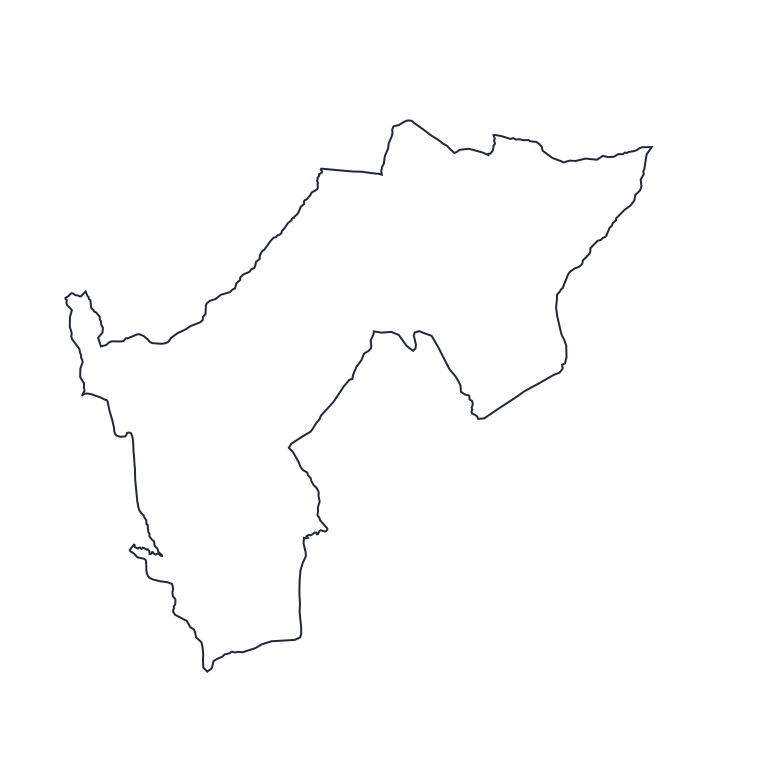 Dimbelenge, Kasaï-Occidental, Democratic Republic of the Congo (orthographic projection), rotated 81°
{"feature_id": "63176286B75664078742838", "entity_name": "Dimbelenge", "entity_type": "district", "adm_level": 2, "iso_a3": "COD", "parent_name": "Democratic Republic of the Congo", "parent_adm1": "Kasaï-Occidental", "projection": "orthographic", "projection_center": [22.979, -5.024], "detail": "fine", "context": "isolated", "style": "outline", "palette": "slate", "viewbox_px": 768, "rotation_deg": 81, "n_neighbors": 0, "source": "geoboundaries", "source_scale": "gbopen_adm2", "svg_char_len": 6155}
<svg xmlns="http://www.w3.org/2000/svg" viewBox="0 0 768 768"><g transform="rotate(81 384 384)"><path d="M246.0,664.2L249.6,668.9L250.1,670.4L248.6,672.6L248.0,675.0L246.0,677.0L245.5,678.2L246.0,679.7L248.0,682.1L249.0,685.0L250.0,685.3L251.5,684.2L254.0,684.9L256.1,684.8L262.2,680.7L268.8,683.7L278.5,685.4L284.8,684.5L288.5,685.5L291.0,685.0L301.7,679.4L305.6,679.4L307.8,678.6L310.5,679.1L313.1,678.2L315.2,678.2L321.3,681.5L329.7,683.0L336.5,680.2L340.4,680.9L343.8,680.8L348.4,684.3L346.8,682.2L347.0,678.5L347.6,676.6L348.6,674.0L350.0,671.7L352.7,666.4L355.7,662.3L356.3,660.6L357.8,659.8L367.4,659.3L377.5,658.0L385.3,657.5L388.5,657.8L391.4,657.3L393.2,656.3L394.9,652.6L395.3,647.7L393.9,646.4L392.1,645.4L392.0,643.5L392.6,642.0L393.4,641.5L396.0,640.9L399.1,640.7L401.8,640.8L411.8,642.0L414.8,642.1L425.8,643.1L428.4,643.2L439.4,644.7L461.0,646.0L467.3,645.9L470.5,645.4L473.0,644.3L476.2,642.0L478.3,641.6L481.4,640.1L485.4,640.5L486.3,639.5L493.2,639.9L495.3,639.1L497.8,639.5L501.1,637.8L503.5,635.8L508.2,635.8L511.1,633.6L514.7,633.0L518.2,630.2L518.9,630.1L519.8,629.5L518.3,631.8L516.4,633.1L516.0,634.3L516.8,636.5L515.4,638.0L514.0,638.6L513.7,639.2L514.8,639.8L515.5,641.2L515.0,642.2L512.9,641.8L510.4,643.1L510.6,643.9L507.9,647.6L508.9,649.4L507.4,650.6L507.3,651.7L508.0,652.8L506.0,655.7L503.7,655.6L503.5,656.1L508.2,661.1L509.5,660.6L512.7,657.2L516.4,654.9L517.2,653.3L519.2,648.0L520.9,646.8L524.6,647.0L531.1,647.9L534.1,647.8L536.5,647.3L538.7,646.0L540.7,643.2L543.6,636.6L546.0,628.7L548.2,624.8L550.3,624.3L553.7,624.4L556.6,625.6L560.7,625.7L563.8,623.8L565.5,623.9L569.1,624.7L570.8,626.5L572.6,626.4L574.5,627.7L576.0,627.9L579.3,626.4L587.2,615.9L594.0,613.3L596.8,610.1L600.2,609.4L604.7,609.3L610.5,604.7L616.3,604.4L622.6,604.8L628.4,606.0L635.9,606.8L640.5,603.5L639.7,602.2L638.7,599.8L636.8,598.0L631.1,595.8L629.3,591.5L628.0,586.2L626.2,583.8L625.8,578.7L624.5,576.2L625.9,573.0L625.7,570.1L626.8,565.7L624.8,552.6L621.9,545.1L620.5,535.1L622.8,512.2L621.1,506.3L617.4,504.8L610.8,503.8L596.5,503.1L587.5,501.3L579.0,500.5L572.0,499.4L563.6,497.8L554.6,495.5L548.1,492.3L541.8,488.1L538.5,487.7L529.1,488.4L523.4,487.2L524.2,485.0L523.9,483.3L522.3,484.3L521.4,482.6L521.9,480.1L521.2,478.0L519.9,476.0L520.1,474.3L522.1,473.6L521.9,472.8L519.0,470.6L518.6,469.2L520.4,465.8L520.3,464.5L519.1,462.7L517.8,462.6L508.7,468.4L505.7,468.8L504.0,470.0L502.4,470.1L499.1,469.0L495.6,468.6L489.9,465.9L484.0,466.2L481.6,465.5L479.2,465.7L476.1,466.9L472.8,469.3L468.6,470.9L465.4,471.2L462.4,473.3L459.4,473.7L456.8,477.0L454.7,478.5L452.2,479.6L447.7,480.5L436.5,484.8L432.2,488.0L428.5,485.0L422.4,471.1L419.6,464.0L416.5,460.8L413.5,458.4L411.2,456.1L409.0,453.4L405.5,451.3L393.7,436.6L380.2,424.2L374.5,417.6L374.0,414.4L370.5,413.3L363.0,408.7L356.9,402.5L352.0,399.7L350.5,398.3L349.0,394.3L347.1,391.7L345.1,390.7L338.8,390.3L333.5,386.7L330.4,385.9L332.9,378.4L333.7,368.6L337.9,361.7L349.5,355.9L353.2,352.7L355.7,350.1L354.0,347.4L350.2,346.3L340.7,347.0L337.9,345.6L337.3,340.8L339.9,336.7L343.9,329.4L355.7,324.8L379.5,317.1L387.5,312.3L392.8,310.1L397.3,308.7L403.8,309.2L407.1,305.6L408.5,302.1L409.5,301.6L412.7,301.9L414.3,299.8L416.8,299.4L418.8,299.8L420.9,301.1L423.4,300.9L424.2,301.5L425.1,302.0L426.9,301.6L428.7,299.0L430.7,297.0L433.2,296.4L433.6,290.4L425.6,273.3L416.9,253.9L413.2,246.7L407.1,229.5L401.6,215.0L400.2,208.8L397.1,205.4L396.0,205.0L393.0,205.2L392.0,202.0L386.3,199.6L374.6,198.0L368.9,199.0L364.4,200.5L361.4,201.1L343.7,202.3L335.5,202.1L326.6,199.8L322.7,199.1L320.4,196.1L318.3,194.4L317.3,192.6L304.2,184.8L302.2,182.6L299.7,177.7L298.8,173.2L297.7,171.0L296.1,169.3L293.1,168.3L287.6,160.7L286.1,159.7L282.2,158.9L275.9,150.6L275.7,147.3L274.1,145.4L273.2,142.2L272.5,141.3L265.1,136.8L263.1,134.0L261.1,133.1L258.6,129.1L256.8,128.9L249.7,119.3L246.1,112.4L242.1,108.2L236.6,106.2L232.8,100.8L229.1,98.8L222.2,98.5L217.5,94.7L214.4,94.6L212.8,93.4L198.3,88.7L191.9,82.5L190.5,92.3L191.3,95.4L192.4,97.2L193.1,100.6L193.1,105.9L193.8,107.9L193.1,109.8L194.4,112.3L193.6,116.7L195.5,121.3L195.0,127.0L192.9,132.2L195.8,138.5L192.9,149.6L193.7,159.7L192.4,165.9L193.3,171.9L191.4,174.6L187.1,182.3L178.3,190.9L174.8,191.0L171.9,192.5L168.8,195.5L167.1,201.8L165.8,202.9L164.9,208.6L163.5,211.8L163.2,215.5L161.3,218.0L161.8,220.6L157.6,229.1L155.4,235.2L155.3,236.8L159.0,236.2L161.1,237.3L164.0,236.7L165.9,238.6L167.7,239.0L170.5,240.1L173.1,243.0L173.0,244.9L174.2,245.1L170.5,250.9L165.0,263.3L164.7,268.0L164.6,272.9L166.2,275.7L166.8,278.4L161.8,282.3L158.7,284.4L155.9,288.0L151.2,292.4L146.2,298.2L139.9,304.2L131.2,313.1L128.4,315.4L127.5,318.5L127.5,320.7L128.2,323.1L130.5,328.7L131.1,334.4L134.0,336.1L137.4,336.3L140.9,337.8L147.1,341.7L152.3,343.2L158.9,347.5L166.3,349.7L168.9,351.7L173.9,353.6L176.9,353.4L175.5,356.2L174.9,359.3L170.7,373.3L169.5,380.5L167.4,389.0L161.5,412.2L162.2,412.9L164.7,411.9L165.7,412.7L166.7,415.5L168.2,415.4L170.0,417.4L171.7,417.6L172.6,418.4L174.9,417.7L176.3,418.4L180.1,418.7L181.4,419.8L183.6,425.5L185.9,427.2L189.5,431.4L190.1,433.6L191.0,434.4L193.8,434.7L195.7,438.3L201.3,441.7L203.0,443.6L204.8,446.4L205.8,446.8L205.9,448.4L206.7,449.5L207.9,449.7L209.9,453.6L214.2,457.5L216.8,460.8L218.8,461.6L220.3,463.9L220.6,466.4L221.8,467.4L222.3,470.3L225.3,474.0L232.6,481.2L233.8,483.6L237.3,486.5L241.0,487.2L242.6,489.8L243.3,491.3L247.2,492.7L249.1,494.0L249.8,497.0L252.2,499.4L253.8,505.8L256.2,509.2L257.2,509.7L258.6,509.6L261.4,514.0L266.2,516.2L267.2,519.1L269.2,522.0L270.3,531.0L273.7,537.1L274.6,542.9L276.6,546.4L278.7,547.7L286.9,549.3L289.2,552.1L292.7,553.2L294.4,556.1L296.5,565.8L299.0,571.5L301.6,580.2L305.1,586.9L308.5,590.3L309.1,591.8L309.6,594.1L309.4,597.8L307.4,606.4L305.7,608.9L302.9,610.4L298.9,614.0L296.6,617.7L296.4,620.0L298.3,627.9L298.7,630.4L298.4,631.8L300.8,634.5L300.9,636.9L299.3,646.0L299.8,648.9L302.0,652.1L302.6,657.7L293.6,659.1L289.3,654.1L284.6,652.8L281.0,654.1L277.8,653.7L275.8,654.6L272.9,654.2L268.2,657.3L266.9,659.2L265.3,659.5L263.1,661.3L255.3,660.9L253.7,662.2L251.9,662.2L250.6,663.2L246.0,664.2Z" fill="none" stroke="#1e293b" stroke-width="2"/></g></svg>